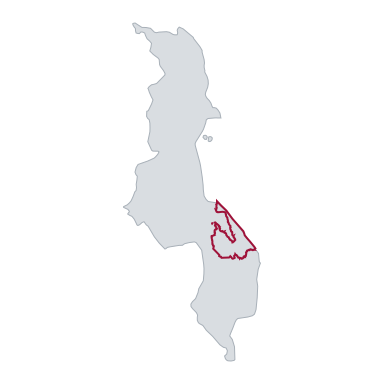 Mangochi, Mangochi, Malawi shown in context
{"feature_id": "42251766B89682559169951", "entity_name": "Mangochi", "entity_type": "district", "adm_level": 2, "iso_a3": "MWI", "parent_name": "Malawi", "parent_adm1": "Mangochi", "projection": "orthographic", "projection_center": [35.105, -14.138], "detail": "fine", "context": "in_parent", "style": "outline", "palette": "rose", "viewbox_px": 384, "rotation_deg": 0, "n_neighbors": 0, "source": "geoboundaries", "source_scale": "gbopen_adm2", "svg_char_len": 8234}
<svg xmlns="http://www.w3.org/2000/svg" viewBox="0 0 384 384"><path d="M146.3,224.9L144.0,221.7L142.1,222.5L139.5,224.8L138.1,225.4L137.4,225.3L136.9,224.8L136.3,223.4L134.3,219.3L132.0,216.4L129.6,215.3L127.7,214.0L128.5,212.7L129.4,211.8L129.0,210.8L127.9,209.4L123.6,207.4L123.6,206.6L127.3,204.8L129.6,202.7L131.2,200.7L133.2,196.3L134.8,191.9L136.1,190.5L136.5,187.6L136.2,184.3L136.9,180.1L137.3,176.2L136.0,174.7L135.0,172.1L136.2,167.5L138.1,164.4L147.6,161.1L154.2,158.1L155.6,156.8L157.8,154.3L159.0,151.9L158.1,151.2L152.9,151.1L151.6,150.2L147.8,141.7L149.9,131.8L150.0,128.0L149.9,123.2L149.2,119.7L147.6,118.3L146.6,116.4L146.8,111.3L148.3,110.7L151.6,103.9L153.0,99.9L151.3,96.7L149.3,92.2L148.4,89.3L147.9,88.4L149.2,86.6L151.5,84.8L153.9,84.3L156.6,83.5L164.9,75.0L165.0,73.4L163.5,70.6L160.3,66.3L159.6,64.6L159.2,59.5L158.0,58.0L153.4,54.6L149.8,51.0L150.9,47.3L151.5,43.3L149.7,41.1L147.1,38.8L145.5,35.5L144.7,33.0L142.7,32.1L140.8,32.0L139.4,33.6L137.9,33.5L136.1,33.0L135.5,30.8L135.4,28.5L134.1,26.9L132.9,24.8L132.8,23.6L133.5,23.3L135.1,23.0L141.9,27.4L146.0,27.5L150.5,28.3L154.4,32.2L156.5,32.7L159.0,32.1L166.4,31.7L169.3,32.2L173.1,34.5L174.6,34.8L177.0,34.8L177.4,34.2L177.7,32.9L177.2,30.2L177.8,28.7L179.2,27.1L183.2,28.9L193.3,37.4L193.6,38.5L200.0,46.8L202.1,50.4L202.1,52.2L204.1,59.6L204.5,63.0L204.1,65.6L204.2,67.7L204.9,70.7L204.7,72.0L207.0,76.4L208.1,80.1L208.3,83.7L207.7,87.2L205.7,92.3L205.3,94.4L205.8,96.2L207.1,98.3L209.2,100.5L210.9,103.1L212.0,106.2L212.9,107.7L214.1,107.6L216.2,108.1L217.9,109.9L219.9,113.0L220.6,116.5L220.9,118.0L215.2,117.9L208.0,118.5L206.3,119.8L205.7,122.9L203.5,129.2L202.3,131.5L199.6,135.8L195.9,141.7L195.1,143.7L195.3,145.7L197.5,153.8L199.8,162.3L200.5,165.6L202.2,177.0L203.1,185.0L203.3,189.7L204.1,196.0L206.1,199.4L208.2,201.5L216.3,202.8L218.7,204.3L223.2,208.4L233.2,219.4L238.6,226.5L243.4,232.8L251.9,244.4L258.5,253.4L259.3,261.8L260.4,263.1L258.2,269.3L256.7,279.4L257.7,286.1L257.2,297.6L256.0,309.7L254.5,314.1L252.5,315.7L247.9,317.0L237.8,318.5L236.3,319.9L235.0,322.3L232.9,327.9L230.5,333.6L229.7,336.0L230.2,336.6L232.3,339.5L234.5,346.8L234.9,359.5L234.1,360.4L231.1,361.0L227.9,360.8L226.6,360.1L225.4,358.7L224.6,356.0L226.7,354.1L227.4,350.8L226.1,348.0L223.4,347.3L219.9,344.8L212.6,336.3L206.4,330.4L202.9,325.5L199.2,323.5L198.2,322.3L197.3,320.3L197.3,317.3L197.6,315.1L196.4,312.6L192.7,308.8L191.0,306.6L190.9,304.1L192.5,301.6L195.6,298.6L198.0,292.6L198.8,288.7L203.3,280.8L203.9,273.9L204.0,268.5L203.7,264.4L202.5,256.0L201.7,250.2L196.2,242.6L194.4,241.9L189.1,242.6L184.6,243.7L182.4,245.3L179.0,245.4L170.2,246.8L167.4,247.4L165.8,248.7L164.9,249.0L159.3,243.2L154.4,236.9L148.1,226.2L146.3,224.9ZM210.6,141.3L209.1,141.6L208.2,140.9L208.4,138.5L208.9,136.8L210.4,136.6L211.4,137.0L212.2,137.8L212.2,139.0L211.7,140.3L210.6,141.3ZM207.3,137.1L206.4,139.4L204.7,139.3L203.0,137.3L203.5,135.7L205.1,135.2L206.5,135.8L207.3,137.1Z" fill="#d9dde1" stroke="#a8b0b8" stroke-width="1"/><path d="M234.7,257.9L234.7,257.5L234.4,256.9L234.4,256.5L234.1,256.1L234.1,255.9L234.9,255.1L235.1,254.6L235.2,254.2L235.4,254.5L235.6,254.6L235.9,254.7L236.2,255.0L236.5,255.0L236.7,255.4L237.0,255.6L237.2,255.8L237.3,256.3L237.7,256.6L237.9,257.1L238.3,257.3L238.4,257.7L238.7,257.7L238.9,257.8L239.1,257.8L239.3,257.7L239.5,257.7L240.0,258.2L240.0,258.3L240.1,258.2L240.5,258.0L240.8,257.9L241.1,258.1L241.0,258.3L241.5,258.7L241.8,258.8L242.1,258.5L242.7,258.4L242.8,258.3L243.0,258.2L243.2,257.9L243.3,257.8L243.3,257.7L243.5,257.7L243.8,257.5L243.7,257.5L243.7,257.1L243.8,257.1L244.0,257.1L243.9,257.0L244.0,256.9L243.9,256.8L244.0,256.7L243.9,256.6L243.9,256.4L244.1,256.3L244.5,256.3L245.5,255.6L245.8,255.0L246.0,255.1L246.2,254.0L246.2,253.9L246.3,253.7L246.1,253.2L246.0,252.5L246.2,252.1L246.8,251.8L247.0,251.5L247.0,251.2L246.9,250.9L247.1,250.6L247.3,250.6L247.5,250.6L247.9,250.4L248.2,250.1L248.5,250.0L248.7,249.9L248.9,250.0L249.1,250.2L249.4,250.2L249.7,249.7L249.9,249.7L250.0,249.5L250.3,249.5L250.5,249.4L250.6,249.6L250.8,249.5L251.2,249.6L251.3,249.7L251.5,249.7L251.7,249.8L251.8,249.7L252.3,250.0L252.6,250.1L252.7,249.9L253.3,249.7L253.6,249.9L254.1,249.7L254.3,249.8L254.5,249.8L254.4,249.7L254.6,249.6L254.5,249.4L254.8,248.9L255.1,248.6L255.1,248.4L255.3,248.3L254.6,247.2L253.5,245.8L249.7,241.2L247.2,238.4L244.7,235.3L244.3,233.7L243.4,231.3L232.5,218.9L226.4,210.6L221.2,205.6L217.0,201.2L217.0,202.2L217.1,202.6L216.9,203.1L217.0,203.3L216.8,203.5L216.8,203.9L216.7,204.1L216.3,204.4L216.5,204.7L216.5,205.5L216.4,205.7L216.4,206.0L216.4,206.9L216.6,207.3L216.4,207.5L216.6,208.0L216.5,208.9L216.1,209.2L215.9,209.7L215.7,209.6L215.9,210.2L216.1,210.4L216.3,211.2L216.7,211.9L217.2,211.9L217.7,212.0L217.8,212.2L218.4,212.2L218.9,212.2L219.5,212.1L221.3,211.9L222.9,211.8L224.4,212.1L225.3,212.4L225.6,213.2L225.6,213.4L225.8,213.8L225.8,214.3L226.0,214.4L226.0,214.7L226.0,215.0L226.2,216.2L226.6,216.8L227.0,217.1L227.1,217.5L227.4,217.8L227.4,218.3L227.4,218.8L227.6,219.3L227.6,219.6L227.8,219.9L227.9,220.2L227.9,220.5L228.1,221.4L228.1,221.5L227.8,221.8L227.9,222.2L228.0,222.3L228.4,222.6L228.6,222.8L228.7,223.4L228.7,223.7L228.8,224.0L229.1,224.2L229.3,224.7L229.4,224.8L229.5,225.0L229.8,225.4L230.0,225.6L230.4,225.9L230.3,226.7L230.6,227.2L230.4,227.4L230.2,227.6L230.1,227.8L230.3,228.6L230.3,229.2L230.8,229.8L230.9,230.3L230.9,230.5L231.0,230.7L230.9,230.9L231.1,231.3L231.5,231.8L231.9,232.0L231.9,231.9L232.1,231.9L232.2,232.1L232.2,232.7L232.3,233.1L232.2,233.5L232.2,234.3L232.3,235.0L232.6,235.4L232.9,235.5L233.3,235.8L233.5,235.7L233.4,235.9L233.3,236.1L233.5,236.4L233.5,236.9L233.8,237.0L234.0,237.8L234.4,238.0L234.6,238.3L234.7,238.7L234.9,238.8L235.1,239.1L235.2,239.4L235.1,239.7L235.2,240.0L234.9,240.3L234.7,240.2L234.5,240.4L234.3,240.7L234.3,241.1L234.0,241.4L233.3,241.9L233.0,242.1L232.9,242.3L232.5,242.4L232.5,242.1L232.2,241.8L232.1,241.5L232.0,241.0L231.8,240.7L231.2,240.4L230.9,240.1L230.3,240.1L230.1,239.9L229.8,239.4L229.8,239.0L229.4,238.6L229.1,238.5L229.1,238.1L228.9,237.8L228.8,237.5L228.6,237.1L228.4,237.1L228.1,237.1L227.5,236.8L227.4,236.5L227.1,236.1L226.9,235.8L226.8,235.6L226.5,235.5L226.4,235.4L226.4,235.2L226.4,234.9L226.2,234.5L226.2,234.0L226.0,233.4L225.9,233.3L225.7,233.3L225.4,232.9L225.0,232.7L224.7,232.7L224.6,232.8L224.4,232.7L224.4,232.3L224.2,232.1L224.1,231.9L224.3,231.5L223.5,231.8L222.9,231.8L222.8,231.7L222.6,231.4L222.6,231.2L222.3,231.0L221.9,231.2L221.7,231.3L221.6,231.2L221.2,231.3L220.6,231.0L220.2,230.6L219.8,229.9L219.8,229.4L219.9,229.1L219.7,229.1L219.5,228.8L219.6,228.4L219.5,228.2L219.6,227.9L219.8,227.8L219.8,227.5L219.6,227.4L219.5,227.0L219.6,226.9L219.4,226.8L219.4,227.0L219.2,227.0L219.1,226.8L219.2,226.5L218.9,226.2L219.0,226.1L219.1,225.8L218.9,225.6L218.7,225.4L218.4,225.3L218.4,225.2L218.0,224.7L217.5,224.4L217.0,223.9L216.7,223.8L216.3,223.7L216.2,223.9L216.3,224.3L216.2,224.6L216.0,224.8L215.3,225.3L215.1,225.6L215.4,226.4L216.1,227.0L216.2,227.4L216.5,227.8L216.5,228.2L216.9,228.6L216.8,228.9L216.5,229.2L216.4,229.1L215.7,229.2L215.6,229.5L215.0,229.8L214.8,230.1L214.6,230.5L214.7,231.1L214.5,232.0L214.9,232.2L215.0,233.2L214.9,233.5L214.7,233.8L214.5,234.3L214.5,234.9L214.6,235.0L214.0,235.3L213.8,235.3L212.7,235.8L211.6,236.0L211.5,236.3L211.7,236.8L211.6,237.2L211.8,237.4L211.7,237.6L211.7,238.1L211.8,238.9L212.1,239.4L212.1,239.9L212.2,240.2L212.1,240.6L212.4,241.0L212.4,242.1L212.3,242.9L212.4,243.1L212.4,243.6L212.5,243.7L212.6,243.8L212.5,244.5L212.9,244.9L213.0,245.6L213.4,245.7L213.3,245.9L213.8,246.5L213.2,248.7L216.9,252.5L219.3,255.0L219.2,255.3L219.4,255.7L219.2,256.1L220.2,256.7L220.5,256.7L220.7,256.8L221.0,256.8L221.2,257.4L221.5,257.8L223.7,257.7L229.1,257.5L229.6,257.1L229.9,256.7L230.1,256.5L230.3,256.2L230.5,256.4L231.0,256.8L232.1,258.4L232.5,258.7L233.3,258.6L234.7,257.9ZM216.2,223.9L216.2,223.7L215.9,223.1L215.8,222.8L215.5,222.6L215.2,222.4L214.9,222.5L215.2,222.8L215.2,223.1L215.4,223.4L215.7,223.6L215.9,223.8L216.2,223.9ZM214.6,224.6L214.4,224.5L214.8,224.9L215.1,224.9L215.0,224.6L214.9,224.7L214.7,224.6L214.6,224.6ZM212.2,223.6L212.4,223.4L212.3,223.2L212.2,223.2L212.1,223.4L212.2,223.6Z" fill="none" stroke="#9f1239" stroke-width="2"/></svg>